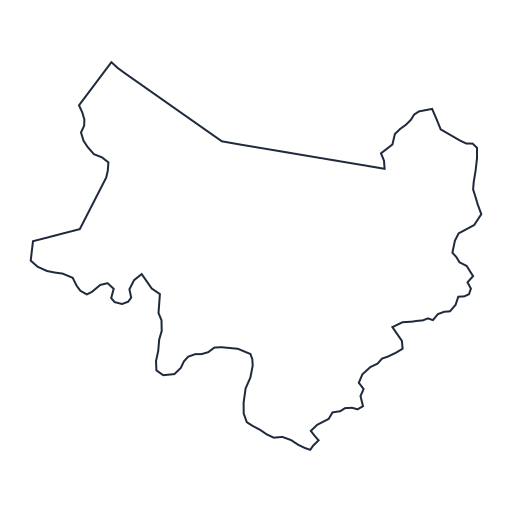 Santa Rosa do Piauí, Piauí, Brazil
{"feature_id": "56859067B62490299296304", "entity_name": "Santa Rosa do Piauí", "entity_type": "district", "adm_level": 2, "iso_a3": "BRA", "parent_name": "Brazil", "parent_adm1": "Piauí", "projection": "albers", "projection_center": [-42.221, -6.814], "detail": "fine", "context": "isolated", "style": "outline", "palette": "slate", "viewbox_px": 512, "rotation_deg": 0, "n_neighbors": 0, "source": "geoboundaries", "source_scale": "gbopen_adm2", "svg_char_len": 1915}
<svg xmlns="http://www.w3.org/2000/svg" viewBox="0 0 512 512"><path d="M33.0,241.2L30.7,260.6L37.7,266.8L47.0,271.0L54.5,272.5L62.6,273.6L72.7,277.8L76.6,285.7L80.4,290.8L86.8,294.4L91.9,291.9L100.3,284.9L107.6,283.2L113.7,288.8L111.2,298.1L114.6,302.1L122.1,304.0L128.2,301.7L131.2,297.6L129.4,289.3L134.1,280.1L141.7,274.1L151.7,288.5L159.9,294.1L158.5,313.0L161.5,320.3L161.7,331.0L159.2,339.5L158.2,351.0L156.0,361.1L156.4,370.4L163.2,375.2L174.4,374.1L180.8,367.9L183.9,361.4L188.1,356.7L195.4,354.1L201.5,354.1L208.2,352.2L214.3,347.6L221.3,347.2L237.9,348.8L250.4,354.0L252.3,359.2L252.7,365.6L250.4,377.5L245.6,388.4L243.6,402.7L243.7,413.5L246.8,422.2L252.6,425.9L260.5,430.1L266.6,434.3L273.8,437.7L282.3,436.9L291.1,440.1L298.2,444.8L304.9,448.0L310.2,449.8L313.2,445.6L318.6,440.3L315.0,436.3L310.8,430.9L317.2,424.8L328.7,418.9L332.5,412.4L340.3,411.2L345.1,408.1L352.1,407.8L357.6,409.3L363.0,406.2L360.5,396.1L363.6,389.0L358.8,382.8L362.4,374.3L370.3,367.1L377.6,363.6L382.0,358.6L387.6,356.7L396.0,352.7L402.6,348.7L401.9,340.9L392.4,327.1L402.6,322.2L411.7,321.7L416.9,320.9L422.8,320.4L427.9,318.4L432.9,320.1L437.9,314.1L444.1,311.8L450.0,311.3L455.6,304.8L458.3,296.7L464.2,296.4L469.0,294.2L470.9,288.6L467.5,282.3L473.1,276.1L469.7,270.8L466.7,266.0L459.5,262.3L456.3,257.0L452.4,252.7L454.9,240.7L458.6,233.4L474.2,225.0L481.3,214.2L477.6,204.1L475.6,197.3L473.1,189.4L473.7,182.1L475.6,170.6L477.0,158.2L477.0,147.8L472.6,143.6L466.2,143.5L459.7,140.4L446.6,132.8L440.7,129.4L436.5,119.1L432.1,108.9L419.0,111.4L414.2,114.5L411.0,119.7L406.0,124.7L400.2,128.9L394.9,134.0L392.4,144.5L381.0,153.3L384.0,160.7L384.6,168.8L241.1,144.7L221.8,141.3L125.8,73.9L117.8,68.1L111.4,62.2L79.0,105.3L82.3,112.5L84.4,119.7L84.1,125.8L81.0,132.5L83.5,140.7L87.4,146.7L93.9,154.2L101.9,157.3L108.4,162.4L107.8,170.6L106.2,177.6L79.8,229.1L33.0,241.2Z" fill="none" stroke="#1e293b" stroke-width="2"/></svg>